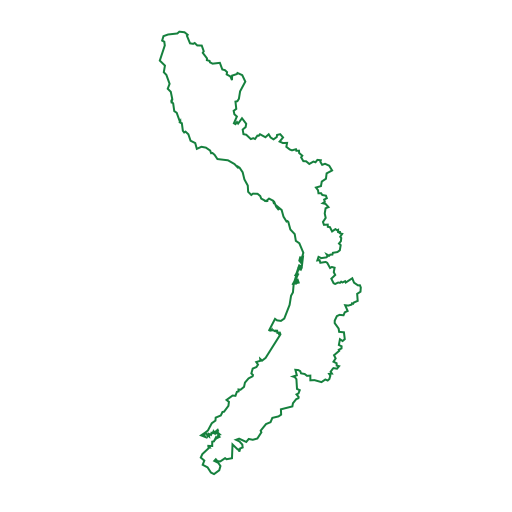 Liguria, La Spezia, Italy, rotated 93°
{"feature_id": "23120603B90496191820000", "entity_name": "Liguria", "entity_type": "district", "adm_level": 2, "iso_a3": "ITA", "parent_name": "Italy", "parent_adm1": "La Spezia", "projection": "orthographic", "projection_center": [8.819, 44.226], "detail": "fine", "context": "isolated", "style": "outline", "palette": "green", "viewbox_px": 512, "rotation_deg": 93, "n_neighbors": 0, "source": "geoboundaries", "source_scale": "gbopen_adm2", "svg_char_len": 6089}
<svg xmlns="http://www.w3.org/2000/svg" viewBox="0 0 512 512"><g transform="rotate(93 256 256)"><path d="M73.9,294.5L72.0,296.8L71.5,299.4L65.0,302.2L66.2,309.4L65.0,312.1L63.6,312.6L63.0,315.3L61.2,315.3L55.9,319.8L54.3,318.9L48.7,321.2L48.8,325.7L46.5,328.4L47.4,329.8L47.1,333.0L39.7,336.5L38.7,335.8L36.3,339.1L36.0,344.3L37.9,346.2L39.4,355.4L41.3,359.9L45.8,361.0L46.8,358.8L50.5,358.1L65.9,362.3L70.6,356.9L77.3,357.7L79.8,355.0L88.6,351.3L93.6,352.9L96.5,349.7L103.4,347.9L105.1,348.5L105.1,348.2L105.6,348.5L107.0,348.4L108.0,348.0L106.7,348.4L106.3,348.2L108.0,346.7L115.6,345.2L117.1,342.7L125.9,339.0L127.2,339.5L125.4,338.6L126.9,338.4L127.3,337.0L134.8,335.6L136.4,334.2L135.5,332.9L138.0,329.9L144.3,327.4L146.4,322.6L152.1,320.7L149.8,316.2L150.4,311.7L153.1,307.3L155.7,306.2L155.4,304.9L157.1,302.7L161.2,299.6L161.9,289.0L165.3,282.3L168.8,278.6L169.1,277.9L168.5,278.8L167.7,278.7L168.7,277.0L173.1,273.7L180.1,271.6L186.1,267.9L192.3,267.2L195.3,263.9L193.9,262.3L193.8,257.7L195.9,254.9L198.4,253.8L200.7,248.9L200.6,248.1L200.3,246.7L200.4,248.5L198.0,246.0L199.9,241.8L201.9,241.1L201.3,240.5L205.8,238.4L208.9,235.6L205.6,237.0L208.7,232.8L215.3,230.6L220.0,227.3L219.5,226.4L220.3,225.5L227.7,223.1L232.1,218.5L238.8,217.0L241.0,213.4L250.3,208.9L254.7,209.9L255.3,211.2L258.6,211.3L258.8,210.1L255.6,209.4L255.3,209.1L262.9,209.6L264.0,211.0L263.8,209.7L265.3,209.7L267.0,210.4L266.3,211.0L268.1,210.9L262.9,211.8L271.3,214.1L271.9,213.2L272.7,214.1L272.6,213.3L279.0,215.7L279.3,214.4L277.9,213.0L280.3,212.0L280.7,213.4L279.4,213.7L280.8,214.2L281.0,215.1L280.0,215.0L280.4,215.5L281.5,215.1L281.5,216.4L280.7,216.1L281.5,216.4L280.7,216.2L282.0,216.9L290.4,217.2L293.8,218.9L303.1,219.9L317.0,224.5L319.5,227.7L319.2,231.6L317.8,233.7L330.2,239.3L328.9,238.2L329.6,237.5L328.7,236.5L329.5,236.5L329.2,234.7L330.0,233.6L330.3,231.6L329.5,231.9L329.5,231.0L331.6,230.6L331.3,229.3L332.0,229.3L332.1,229.0L332.9,228.9L333.1,228.7L332.0,227.9L333.0,227.5L357.3,241.1L360.2,244.5L358.6,246.4L360.4,246.1L361.9,250.2L364.4,248.3L366.9,249.8L368.6,253.4L373.5,254.5L375.0,252.8L376.3,253.1L378.6,257.0L383.0,260.4L387.3,261.1L390.4,264.5L390.2,266.5L392.1,266.3L392.7,268.0L396.7,269.2L396.6,272.1L401.3,277.9L403.1,275.4L407.1,275.7L413.2,279.8L413.5,281.3L417.1,282.8L419.5,287.8L422.5,287.9L425.3,291.4L432.8,294.9L435.4,297.9L436.6,295.6L438.7,295.0L437.8,294.4L438.6,293.4L436.1,293.8L437.0,291.6L434.9,291.2L435.2,290.2L433.6,289.4L435.1,288.9L435.3,288.4L433.6,288.7L434.1,287.8L431.6,285.2L432.4,284.8L433.4,286.8L434.2,285.9L435.5,287.0L435.4,287.7L435.4,288.2L435.5,287.0L434.0,285.0L435.6,284.6L434.9,284.3L435.9,283.1L436.1,284.8L436.6,283.3L437.6,284.4L438.6,283.1L439.7,285.1L439.2,285.5L440.5,286.4L439.7,286.7L443.3,288.3L443.7,290.0L448.0,289.8L448.1,293.2L449.5,292.3L449.3,293.4L450.3,293.1L456.6,299.2L460.2,300.6L463.0,296.9L467.3,298.3L469.6,293.3L474.6,289.7L476.0,286.5L471.9,281.5L467.6,280.5L464.5,282.9L462.8,286.9L461.1,285.5L462.9,283.8L463.0,280.9L459.5,276.3L460.5,274.8L459.2,269.4L445.4,269.6L450.2,264.1L450.0,263.1L452.3,262.4L449.0,261.7L447.9,259.3L445.0,259.8L442.0,262.9L440.6,266.3L439.3,263.3L442.2,256.0L439.1,253.7L439.7,249.6L438.2,245.1L431.8,241.4L430.2,242.2L423.3,237.2L421.2,232.8L416.8,231.2L415.0,225.1L413.1,222.6L407.8,223.1L404.3,211.8L401.1,211.4L396.9,208.4L395.8,206.2L394.6,206.0L392.1,208.3L391.0,206.4L387.7,205.3L386.6,208.1L376.9,209.2L374.9,210.9L374.4,212.7L373.0,209.0L367.6,210.7L367.7,207.8L368.7,205.8L370.8,204.9L371.3,201.2L373.0,198.8L372.6,195.5L377.3,195.2L376.9,191.1L378.5,184.0L375.7,180.3L376.6,177.9L375.0,176.3L371.7,175.5L369.9,176.8L369.5,174.0L367.6,175.4L364.7,173.5L363.9,172.8L364.3,169.2L361.7,167.3L361.2,169.7L358.9,169.9L357.5,173.1L354.1,171.1L351.0,172.9L346.3,167.9L345.3,168.4L343.8,165.8L341.7,165.8L340.5,168.6L334.7,167.8L336.4,165.1L334.4,163.0L327.6,164.2L327.4,169.0L324.1,169.7L318.9,173.9L316.4,174.0L311.8,172.1L310.4,169.5L310.6,165.5L307.6,164.4L306.1,161.6L300.5,164.4L300.7,161.3L299.6,158.1L298.2,157.6L298.6,156.5L297.3,155.8L295.5,152.1L288.5,153.0L286.2,149.8L282.0,149.7L279.8,150.7L280.0,152.6L277.5,156.7L273.2,158.7L277.8,165.0L276.5,165.7L277.9,168.3L277.2,169.6L278.4,170.7L278.2,172.6L279.8,175.5L279.1,177.1L274.7,179.6L270.8,175.9L268.1,177.5L263.6,176.9L263.0,179.7L264.1,181.4L259.1,184.5L258.3,186.1L259.4,191.4L256.8,192.3L257.2,194.5L253.6,193.5L254.7,190.7L253.7,185.7L252.5,184.4L250.7,185.5L251.9,182.9L250.7,181.9L250.6,179.8L248.8,179.4L247.8,174.9L245.9,172.6L240.7,172.0L239.2,173.8L236.8,172.0L233.6,171.8L232.4,172.9L229.4,171.1L228.9,173.3L226.8,173.5L228.3,174.0L227.8,175.3L225.6,175.4L226.1,176.3L225.0,178.1L227.5,181.3L223.3,183.7L223.1,185.8L220.9,186.0L221.3,189.8L218.5,190.9L214.3,188.4L209.9,189.6L204.7,189.0L203.4,186.2L200.4,189.2L199.8,192.1L198.3,190.1L196.1,190.9L194.6,188.3L192.1,189.3L191.6,193.0L189.9,194.3L190.1,196.9L187.1,197.5L184.5,199.7L182.8,194.8L178.2,194.2L175.2,190.2L169.8,189.8L166.6,184.5L162.0,187.6L160.3,191.9L161.5,194.7L158.5,196.7L157.0,196.3L156.8,199.7L159.3,201.5L158.7,203.6L161.3,207.6L158.8,210.9L158.8,213.7L155.1,216.1L153.4,215.0L150.9,218.3L148.6,218.6L148.8,221.2L147.3,221.7L148.6,225.6L147.9,227.8L145.4,231.4L141.4,230.9L141.8,235.0L140.5,238.4L136.2,235.2L133.1,238.2L134.0,241.3L136.1,241.5L138.6,244.6L136.9,247.6L133.8,249.7L136.9,252.8L134.2,258.4L135.8,259.6L135.7,260.9L139.2,263.1L138.5,264.9L139.5,267.3L135.4,272.1L135.0,274.9L130.4,275.9L127.8,273.1L124.5,272.7L119.2,277.2L124.7,280.8L123.2,282.0L125.4,283.4L124.6,285.0L117.7,282.4L115.6,285.0L112.2,285.9L110.1,283.4L102.9,284.6L102.4,282.7L99.9,281.3L92.4,280.5L82.4,275.8L76.1,279.2L74.2,284.1L75.3,284.6L77.1,289.3L81.6,289.2L78.0,291.0L76.2,294.8L73.9,294.5ZM439.4,297.2L437.7,298.2L435.6,298.2L438.0,301.4L439.4,297.2ZM279.0,216.0L272.1,214.4L279.0,216.2L281.3,217.3L283.0,218.2L279.0,216.0ZM271.1,214.6L262.1,212.1L271.1,214.6L272.9,215.5L272.9,215.4L271.1,214.6ZM258.4,212.5L261.0,210.1L260.6,210.2L260.2,210.4L258.4,212.5L254.1,211.6L258.4,212.5Z" fill="none" stroke="#15803d" stroke-width="2"/></g></svg>